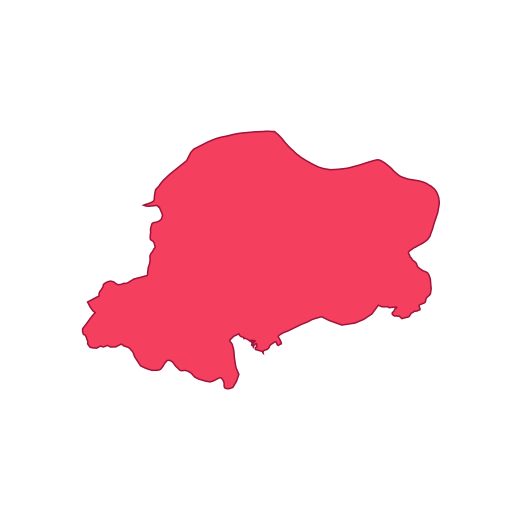 Kota Samarinda, Kalimantan Timur, Indonesia, rotated 63°
{"feature_id": "22746128B87893249930832", "entity_name": "Kota Samarinda", "entity_type": "district", "adm_level": 2, "iso_a3": "IDN", "parent_name": "Indonesia", "parent_adm1": "Kalimantan Timur", "projection": "mercator", "projection_center": [117.219, -0.51], "detail": "fine", "context": "isolated", "style": "filled", "palette": "rose", "viewbox_px": 512, "rotation_deg": 63, "n_neighbors": 0, "source": "geoboundaries", "source_scale": "gbopen_adm2", "svg_char_len": 6119}
<svg xmlns="http://www.w3.org/2000/svg" viewBox="0 0 512 512"><g transform="rotate(63 256 256)"><path d="M317.4,312.1L317.6,307.4L317.6,306.6L318.3,306.7L319.7,306.5L320.7,306.1L322.8,304.1L324.2,304.2L324.3,303.1L325.6,302.0L327.3,300.9L328.0,300.6L328.8,299.8L329.0,300.0L329.4,300.0L329.2,299.5L329.3,299.2L329.7,298.9L329.1,298.8L328.8,298.4L328.9,298.1L329.3,298.0L329.9,298.1L330.2,298.0L330.4,297.6L330.0,297.2L330.3,296.2L330.9,295.5L331.1,295.3L331.5,295.5L331.6,295.8L331.6,296.5L331.8,296.7L331.9,297.1L331.5,297.9L330.8,299.0L331.5,299.1L332.6,298.8L332.7,299.9L333.4,300.3L334.0,300.1L334.3,299.7L334.7,299.5L335.9,299.7L335.5,299.2L334.4,298.5L334.1,298.2L334.0,297.8L334.5,297.6L334.7,297.4L334.4,297.1L334.1,296.4L334.1,295.9L334.3,295.5L334.8,295.4L336.9,296.2L337.5,296.6L337.2,298.0L337.7,298.5L339.1,298.9L343.9,293.7L345.6,293.8L345.9,293.7L344.6,293.3L343.8,291.8L344.0,290.2L344.3,288.5L344.0,286.9L343.1,285.5L342.0,284.2L341.6,282.6L341.2,279.1L341.3,277.3L342.7,277.2L344.7,277.4L345.8,276.8L345.6,275.0L345.7,273.2L344.3,272.8L340.9,272.7L339.1,272.8L337.6,272.7L337.1,271.1L336.9,269.4L336.8,266.1L337.3,261.2L337.3,259.5L337.5,246.9L338.1,240.7L338.1,234.5L339.2,228.3L340.0,225.0L346.3,220.4L356.5,210.9L360.7,198.2L361.4,188.9L360.2,178.9L355.4,169.4L358.4,166.9L358.6,166.1L359.3,165.3L359.7,164.4L360.5,162.7L360.9,161.7L362.1,161.1L362.7,160.5L363.0,159.7L364.0,156.8L365.3,154.0L365.8,154.1L366.0,154.4L366.2,156.1L366.6,156.8L367.5,157.7L367.7,158.1L368.4,160.1L368.6,160.5L368.9,160.7L369.7,161.0L370.1,160.9L370.9,160.7L371.7,160.3L372.4,159.8L372.8,159.0L373.1,157.9L373.4,157.8L373.8,157.4L374.5,156.0L374.9,155.5L376.0,155.2L377.2,154.8L378.0,154.4L378.2,154.0L378.3,153.6L378.3,152.8L378.4,152.4L378.7,151.6L379.0,149.9L379.4,148.7L379.5,147.9L379.4,147.1L379.3,146.7L377.5,143.8L377.4,143.4L377.5,142.1L377.4,141.3L377.3,140.8L377.1,140.2L378.1,137.6L378.2,136.2L378.3,134.4L378.0,134.0L377.5,133.8L374.8,133.5L374.3,133.3L374.0,132.9L373.8,132.0L374.2,127.6L374.2,127.2L374.0,126.5L373.8,126.0L373.3,125.5L372.8,125.1L371.1,123.8L370.8,123.3L370.4,122.2L369.7,119.3L369.0,117.9L367.3,116.6L365.8,115.6L364.6,114.7L360.9,113.3L356.9,111.6L355.9,111.2L353.7,110.8L352.2,110.6L349.8,110.6L349.0,110.8L348.5,111.0L346.6,112.3L345.2,113.8L343.3,114.8L342.5,115.4L339.0,116.9L338.1,116.9L336.2,116.5L335.1,116.5L332.7,117.3L331.8,117.9L330.4,118.4L328.0,118.6L326.4,119.2L325.6,118.9L324.4,118.8L323.5,118.9L322.0,118.6L321.5,117.9L321.2,116.8L320.4,111.5L320.5,109.7L320.3,106.7L320.3,101.8L319.6,97.0L319.1,95.4L318.8,94.8L317.8,92.8L316.9,91.5L315.7,90.4L312.3,86.7L308.1,82.8L300.1,74.6L295.0,70.7L293.3,69.5L292.4,68.9L290.7,68.0L289.2,67.6L287.4,66.8L287.0,66.7L284.7,66.4L283.3,66.2L280.7,66.1L279.0,66.3L277.2,66.7L276.1,67.1L272.9,68.5L271.1,69.8L268.9,71.0L266.5,73.0L265.4,74.1L263.0,76.7L256.2,86.0L253.8,88.2L253.5,88.6L251.5,90.4L250.5,91.2L249.3,91.9L246.8,93.1L242.5,94.8L239.7,95.5L236.7,96.7L231.6,99.0L228.0,101.2L226.9,102.1L226.2,102.9L225.4,104.1L224.8,106.1L223.5,112.4L222.2,120.9L221.4,125.1L220.4,129.5L219.8,132.6L219.2,134.8L217.7,139.1L215.4,144.9L213.2,149.9L212.4,151.2L209.0,155.9L205.5,159.6L203.9,160.9L200.8,163.2L198.0,165.2L197.1,165.7L194.1,167.8L188.4,171.2L185.1,172.7L184.5,173.1L181.3,174.4L179.5,174.9L175.9,176.3L173.2,177.2L168.0,178.6L163.0,179.6L159.6,180.6L157.2,181.4L155.3,182.3L153.9,182.8L153.3,183.2L152.3,185.3L150.8,187.7L149.3,190.6L148.2,193.4L144.5,201.4L143.6,203.8L140.4,211.7L139.4,214.3L137.7,219.8L135.9,227.4L134.3,233.1L133.3,237.9L133.1,239.9L132.5,246.7L132.5,262.5L132.6,263.2L134.1,267.1L139.6,274.6L143.8,294.8L144.7,298.2L146.0,302.4L146.3,303.7L148.0,307.7L148.8,309.3L149.6,310.6L151.3,315.3L153.1,316.8L155.1,318.3L156.8,319.5L159.4,321.0L160.0,321.6L160.5,322.3L160.7,323.5L160.7,326.1L160.3,329.0L159.8,331.5L159.7,333.1L161.5,331.4L162.1,330.2L162.7,329.6L166.1,321.1L168.2,320.6L168.4,320.0L175.9,320.5L177.4,321.0L177.5,320.9L180.1,323.5L180.5,324.5L180.9,327.0L180.5,330.2L180.0,331.1L179.7,332.7L180.1,334.2L183.4,337.2L184.7,338.1L187.2,339.2L190.0,341.1L192.0,342.2L193.1,342.5L194.3,342.2L196.2,341.0L197.9,340.8L201.9,341.7L202.7,342.0L203.3,343.7L205.0,346.1L206.3,348.8L207.4,350.1L208.0,350.6L210.7,351.8L212.9,353.1L214.6,354.4L217.2,357.1L221.0,359.7L221.7,360.2L223.2,361.0L223.8,361.5L224.0,362.5L223.6,363.7L223.2,365.3L222.7,368.3L221.9,371.1L221.5,373.6L221.1,375.2L221.1,376.1L221.3,377.3L221.4,379.9L221.7,382.4L221.6,383.2L221.4,384.0L220.3,386.4L220.2,387.2L220.1,388.9L219.9,389.7L219.3,391.3L218.5,392.3L217.2,393.3L214.9,394.3L214.2,394.8L212.8,396.4L212.3,397.1L211.9,398.3L211.6,400.4L211.6,402.1L211.8,403.8L212.1,404.6L212.3,405.0L212.6,405.3L214.0,406.3L214.4,407.0L216.0,409.5L216.2,410.2L216.6,411.0L217.3,412.0L217.9,412.6L218.9,413.3L220.3,414.0L220.5,427.0L226.3,426.9L230.4,426.3L231.3,426.0L233.4,424.9L234.8,428.6L236.8,432.8L239.3,437.6L242.0,443.4L244.5,444.8L247.0,445.3L247.9,445.1L249.0,444.0L252.0,444.2L256.2,444.8L257.8,445.9L262.0,445.3L263.6,443.4L265.8,439.8L265.6,435.6L267.8,433.3L268.3,428.9L271.1,426.9L273.3,422.2L273.3,416.0L276.3,414.4L279.1,411.6L280.8,410.5L285.8,409.3L290.7,409.9L301.5,408.7L305.3,405.8L307.2,404.1L310.5,400.8L311.1,399.7L312.8,396.3L313.5,394.3L313.6,392.6L313.2,391.4L312.1,389.1L311.4,388.1L309.7,385.1L309.0,383.2L308.9,382.3L309.1,381.5L309.3,381.1L310.1,380.1L311.0,379.3L313.2,378.3L317.8,377.6L319.8,376.8L322.2,376.1L323.0,375.8L323.7,375.3L324.2,374.7L325.0,373.1L325.3,371.9L325.7,371.2L326.8,369.9L327.7,369.0L329.5,367.8L330.9,367.0L332.1,366.6L335.0,365.9L336.2,365.5L338.9,363.5L339.9,362.7L344.8,357.5L345.6,356.5L346.0,355.7L346.9,354.8L347.3,354.1L347.6,352.8L348.0,349.9L347.9,344.8L348.2,343.2L348.7,342.5L349.5,342.2L351.6,341.8L353.7,341.9L354.9,342.2L357.5,343.5L358.3,343.7L359.2,343.7L359.6,343.5L360.5,342.7L361.1,342.1L361.5,341.3L362.0,340.2L362.0,339.7L362.3,338.5L362.6,336.3L358.9,330.4L353.7,325.0L349.1,324.7L345.9,324.4L341.1,322.9L335.5,320.9L331.5,319.2L328.0,318.1L323.5,317.3L319.4,317.9L319.1,317.8L317.5,312.5L317.4,312.1Z" fill="#f43f5e" stroke="#9f1239" stroke-width="1.5"/></g></svg>